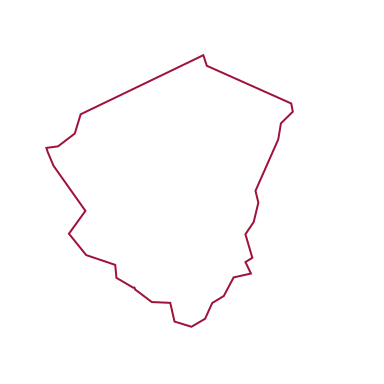 Greene, North Carolina, United States of America (Natural Earth projection), rotated 63°
{"feature_id": "52423323B20033821816181", "entity_name": "Greene", "entity_type": "district", "adm_level": 2, "iso_a3": "USA", "parent_name": "United States of America", "parent_adm1": "North Carolina", "projection": "natural_earth1", "projection_center": [-77.628, 35.5], "detail": "fine", "context": "isolated", "style": "outline", "palette": "rose", "viewbox_px": 384, "rotation_deg": 63, "n_neighbors": 0, "source": "geoboundaries", "source_scale": "gbopen_adm2", "svg_char_len": 633}
<svg xmlns="http://www.w3.org/2000/svg" viewBox="0 0 384 384"><g transform="rotate(63 192 192)"><path d="M311.8,253.7L310.9,237.9L300.1,224.4L299.1,210.9L287.0,193.7L291.4,176.5L278.7,176.2L278.0,168.1L253.9,163.6L246.7,150.6L231.6,137.7L219.8,134.9L184.3,91.3L171.2,81.6L166.2,65.7L158.2,63.4L86.3,121.5L75.2,119.8L75.0,131.0L72.2,255.9L86.7,269.9L90.5,290.7L86.6,301.7L90.9,302.4L105.7,303.5L142.1,298.2L160.4,295.5L173.3,320.6L200.2,314.9L222.1,293.5L234.2,298.3L250.6,287.8L251.0,286.7L251.4,286.7L253.2,286.9L255.9,285.5L271.8,277.8L280.9,261.7L299.5,266.4L311.8,253.7Z" fill="none" stroke="#9f1239" stroke-width="2"/></g></svg>